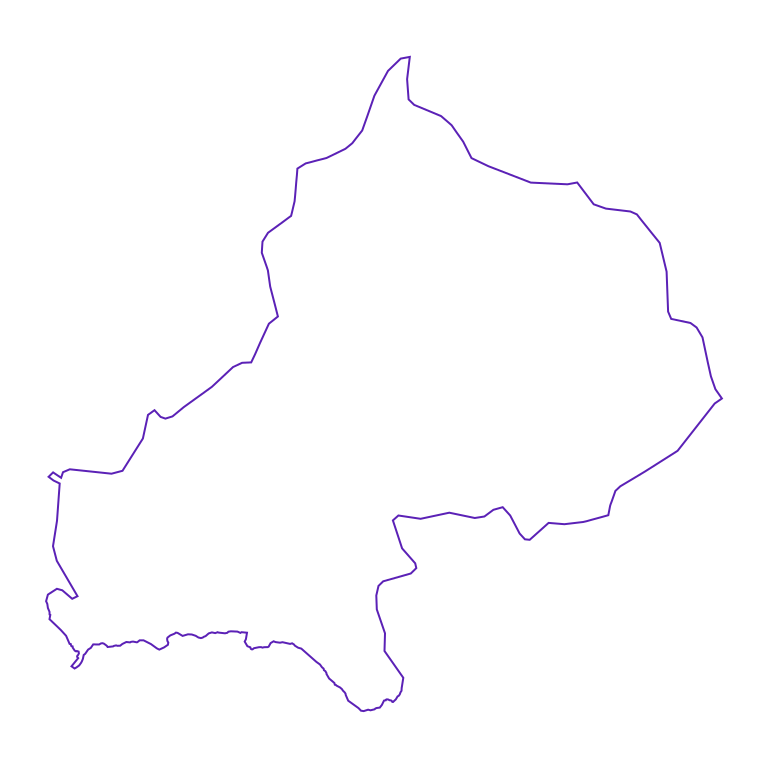 Cavnic, Maramures, Romania (orthographic projection)
{"feature_id": "2599482B81907066395541", "entity_name": "Cavnic", "entity_type": "district", "adm_level": 2, "iso_a3": "ROU", "parent_name": "Romania", "parent_adm1": "Maramures", "projection": "orthographic", "projection_center": [23.847, 47.662], "detail": "fine", "context": "isolated", "style": "outline", "palette": "violet", "viewbox_px": 768, "rotation_deg": 0, "n_neighbors": 0, "source": "geoboundaries", "source_scale": "gbopen_adm2", "svg_char_len": 3903}
<svg xmlns="http://www.w3.org/2000/svg" viewBox="0 0 768 768"><path d="M645.0,471.5L677.6,450.8L686.7,439.2L714.7,403.5L721.9,398.5L715.4,389.2L710.9,376.3L707.8,362.4L702.5,337.4L696.6,327.5L690.5,323.0L671.2,318.9L668.1,311.6L666.6,271.7L659.7,242.9L651.3,232.5L641.2,219.9L636.9,214.4L630.4,211.5L605.9,208.6L593.7,204.3L577.2,182.5L567.5,184.3L530.8,182.6L488.4,166.2L479.2,161.8L471.5,158.1L468.5,152.2L463.2,141.7L456.6,132.4L451.6,125.2L441.1,116.1L414.2,104.9L408.6,99.4L407.1,79.2L409.8,56.9L400.7,58.6L388.0,70.9L374.4,95.7L367.5,115.6L362.2,130.5L355.6,138.9L352.3,143.2L345.4,148.8L329.6,156.5L326.5,158.0L322.7,159.0L317.1,160.4L310.1,162.3L305.7,163.4L297.4,168.6L296.9,175.2L296.2,182.7L295.7,189.0L295.1,195.9L294.6,201.2L294.4,202.1L293.4,206.3L292.0,212.3L291.1,215.9L289.0,217.4L283.9,221.2L268.0,232.8L262.5,241.6L262.1,247.7L261.8,252.8L262.2,253.9L266.6,266.5L267.9,270.4L268.6,275.4L270.2,286.6L272.3,294.7L275.0,305.1L277.9,316.5L268.9,323.7L260.1,342.8L255.1,354.2L251.2,362.4L242.1,362.8L233.1,367.0L211.8,386.9L183.8,407.1L172.5,416.4L165.4,418.6L160.6,416.9L154.5,410.2L148.0,414.9L142.9,438.5L136.7,448.3L122.5,470.8L111.5,473.7L69.8,469.3L63.0,472.2L61.1,477.8L53.1,472.4L48.6,476.8L53.5,480.5L56.6,482.0L59.7,483.5L57.0,520.8L56.0,527.2L53.0,546.2L56.8,560.8L77.5,596.2L72.2,598.8L62.3,590.3L56.9,588.8L52.4,591.7L47.9,594.6L46.1,601.2L47.3,603.9L47.9,608.0L49.5,611.8L49.6,614.5L50.3,614.9L49.5,619.2L55.2,624.6L60.9,630.1L66.1,635.8L69.6,643.9L70.7,644.0L71.0,645.1L71.4,646.1L72.6,646.4L72.7,647.6L74.7,650.6L76.1,651.4L76.8,651.0L78.6,651.6L78.9,653.5L78.0,655.1L77.4,655.6L77.2,656.2L77.1,656.8L78.2,658.1L71.5,666.3L74.6,668.5L76.5,667.4L78.0,666.3L79.2,665.4L81.1,662.8L81.9,661.3L82.9,658.8L83.7,655.0L85.2,653.8L88.1,649.6L90.8,647.9L93.2,644.4L99.1,644.5L101.0,643.4L102.6,643.2L104.0,643.7L106.8,645.8L107.6,647.0L113.1,646.4L113.9,645.9L116.1,645.4L117.4,645.8L120.2,645.7L122.3,644.0L126.3,642.0L130.1,642.4L130.9,641.9L132.0,641.7L133.1,641.6L136.7,642.3L137.3,642.2L139.7,640.3L143.5,640.3L151.0,644.1L156.9,648.4L159.3,649.6L164.1,647.4L167.9,644.8L168.3,642.6L167.4,641.0L167.1,638.9L167.5,637.6L170.3,635.4L174.5,633.7L175.9,632.6L177.6,632.9L182.6,635.9L188.0,634.3L191.8,634.5L195.7,635.8L198.4,637.5L200.9,638.1L202.7,637.6L203.8,636.8L205.6,636.1L208.7,633.4L211.9,632.4L215.2,633.1L217.7,632.2L218.1,632.5L219.5,632.7L225.0,633.3L227.3,632.8L228.4,631.7L230.9,631.3L237.5,631.6L240.4,632.9L241.5,632.2L247.0,632.7L245.9,639.2L244.7,641.6L247.4,646.2L250.3,647.3L250.8,648.8L251.6,649.3L252.6,649.3L254.0,648.2L258.9,647.2L261.0,647.1L262.5,647.6L264.1,647.2L267.8,647.1L268.7,646.6L270.6,643.1L273.6,641.3L275.6,642.1L280.0,642.7L282.5,642.2L290.1,643.9L292.1,643.3L294.0,644.5L294.8,645.6L298.1,647.7L301.3,648.6L316.4,661.9L320.0,664.5L322.0,667.3L323.6,668.6L323.9,670.1L325.4,671.2L326.5,673.2L326.5,674.0L329.1,678.5L334.4,683.0L334.8,684.7L335.8,684.9L336.5,685.6L340.1,687.5L342.0,689.2L342.9,690.6L344.6,692.3L345.5,693.6L345.7,694.9L348.2,700.7L358.5,708.1L361.0,710.7L363.7,711.1L368.1,709.7L370.5,710.3L374.6,709.3L375.4,708.5L376.7,708.0L379.8,707.6L381.9,704.9L384.0,700.6L385.7,700.3L385.7,699.9L386.5,699.4L387.9,699.4L389.8,700.3L390.8,700.3L391.8,701.0L392.3,701.9L393.0,702.0L395.8,699.4L397.6,696.4L398.1,696.1L398.6,695.9L399.7,694.5L400.5,692.3L401.5,690.8L401.7,687.7L401.8,687.3L403.3,677.8L384.5,651.0L385.0,633.3L376.8,609.4L376.3,595.5L378.5,585.9L383.2,581.3L410.8,573.5L416.3,568.1L415.2,563.3L402.1,548.4L392.9,520.4L398.4,515.5L420.6,518.8L449.3,512.7L474.8,518.0L479.3,517.3L484.4,516.5L493.4,509.8L502.7,507.2L510.2,515.5L514.4,523.5L519.6,533.5L524.9,539.3L529.7,539.8L548.6,522.9L564.4,524.2L583.1,522.0L586.6,521.2L591.2,519.9L601.5,517.1L608.3,515.2L609.2,510.6L610.1,505.9L610.6,504.3L611.6,501.7L614.4,493.8L615.4,490.9L620.3,486.3L634.2,478.0L645.0,471.5Z" fill="none" stroke="#5b21b6" stroke-width="2"/></svg>